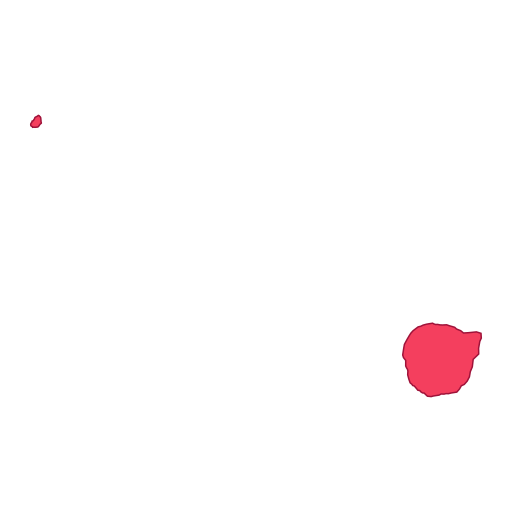 Merelava, Vanuatu (Albers equal-area conic projection)
{"feature_id": "77236927B6151956983543", "entity_name": "Merelava", "entity_type": "district", "adm_level": 2, "iso_a3": "VUT", "parent_name": "Vanuatu", "parent_adm1": "", "projection": "albers", "projection_center": [167.932, -14.399], "detail": "fine", "context": "isolated", "style": "filled", "palette": "rose", "viewbox_px": 512, "rotation_deg": 0, "n_neighbors": 0, "source": "geoboundaries", "source_scale": "gbopen_adm2", "svg_char_len": 1547}
<svg xmlns="http://www.w3.org/2000/svg" viewBox="0 0 512 512"><path d="M433.3,396.0L439.1,395.1L441.1,394.0L444.0,394.1L446.1,393.6L448.3,393.7L451.2,393.0L456.8,392.1L459.5,389.0L461.3,385.8L464.3,384.4L467.2,381.1L469.4,376.9L470.3,371.7L472.3,366.9L473.2,359.3L478.7,354.0L478.6,348.2L479.8,341.4L481.3,338.1L481.0,333.3L476.4,331.9L468.4,332.7L463.5,333.0L460.7,330.7L456.5,329.0L454.7,327.3L452.4,326.6L449.2,325.7L446.7,324.8L442.4,325.0L440.0,324.9L437.6,324.4L435.6,324.5L433.8,323.9L432.6,323.2L429.4,323.7L426.5,324.2L423.1,325.1L420.9,326.2L418.1,326.9L413.1,330.7L410.9,333.1L409.3,335.6L407.2,339.2L406.1,341.2L404.4,344.4L403.6,349.0L402.7,355.0L403.5,357.6L405.7,360.4L405.7,366.0L406.5,367.8L407.5,369.4L407.9,371.0L407.7,374.8L408.8,379.0L410.1,382.8L411.9,384.3L412.7,385.5L414.3,386.0L415.5,387.4L416.7,388.8L417.8,390.2L419.8,390.6L420.9,391.9L422.5,392.9L424.2,393.1L425.5,394.4L427.4,396.2L431.2,396.6L433.3,396.0ZM39.1,115.7L38.3,115.4L37.9,115.7L37.6,116.0L37.2,116.3L36.5,116.6L36.2,116.8L35.8,117.0L35.6,117.0L35.2,117.3L34.9,117.6L34.6,118.4L34.3,119.2L34.1,119.4L33.7,120.0L33.4,120.6L32.7,120.9L32.0,121.2L31.9,122.1L31.6,122.7L31.0,123.2L30.7,124.3L30.8,125.5L31.1,126.0L31.8,126.4L32.5,126.7L32.6,127.3L32.9,127.3L33.4,127.2L34.1,127.2L35.0,127.3L36.1,127.2L36.6,127.1L36.9,127.2L37.9,126.9L38.4,126.6L39.2,125.5L39.9,124.4L40.6,123.8L41.3,123.2L41.3,122.6L41.0,121.5L41.0,120.6L40.9,119.6L40.8,118.5L40.7,117.7L40.3,116.9L39.8,116.5L39.3,115.9L39.1,115.7Z" fill="#f43f5e" stroke="#9f1239" stroke-width="1.5"/></svg>